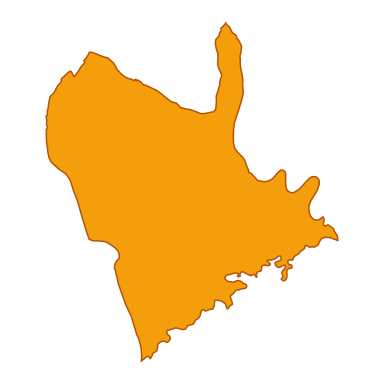 the district of Kenethao, Xaignabouri, Laos
{"feature_id": "54806243B29120113935386", "entity_name": "Kenethao", "entity_type": "district", "adm_level": 2, "iso_a3": "LAO", "parent_name": "Laos", "parent_adm1": "Xaignabouri", "projection": "orthographic", "projection_center": [101.393, 17.858], "detail": "fine", "context": "isolated", "style": "filled", "palette": "amber", "viewbox_px": 384, "rotation_deg": 0, "n_neighbors": 0, "source": "geoboundaries", "source_scale": "gbopen_adm2", "svg_char_len": 5956}
<svg xmlns="http://www.w3.org/2000/svg" viewBox="0 0 384 384"><path d="M141.3,361.0L143.7,359.3L146.2,356.9L147.5,356.5L148.7,356.4L149.1,356.6L149.8,358.3L150.0,358.6L150.4,358.5L151.6,356.7L152.9,353.4L153.2,353.0L155.4,351.9L156.9,350.6L157.7,346.7L157.5,345.4L157.6,344.9L158.3,343.7L159.9,342.4L161.4,341.6L162.9,341.2L164.8,341.4L166.7,342.3L167.3,342.3L167.8,342.1L169.4,340.6L170.1,339.3L170.1,337.1L169.6,336.1L167.5,334.4L167.0,333.5L166.8,331.6L167.3,330.6L167.6,330.3L170.0,329.8L175.6,327.9L179.1,328.6L182.9,329.6L185.5,329.1L187.7,325.7L192.7,324.4L193.9,323.3L194.2,322.8L194.4,322.0L195.9,319.9L198.5,318.2L200.0,316.0L201.1,311.9L202.1,309.9L202.9,309.6L203.6,309.7L205.2,310.9L205.8,311.0L206.8,310.7L209.6,309.4L212.3,309.2L212.9,308.9L214.4,305.4L214.5,302.7L214.8,300.5L216.5,300.1L221.5,301.0L224.2,303.0L225.1,303.4L225.6,304.1L226.5,307.3L227.1,308.6L227.6,308.9L228.0,308.7L230.2,305.6L232.5,304.4L232.5,303.7L232.0,301.9L230.3,297.1L230.3,296.4L230.6,296.0L234.4,292.4L235.6,290.7L236.1,290.3L236.9,289.9L238.2,290.0L239.0,289.8L241.0,288.8L242.7,288.9L245.9,288.0L246.4,287.4L246.7,286.7L246.7,285.7L246.4,285.0L245.4,284.1L244.6,283.7L243.0,283.4L241.7,281.9L240.1,281.0L237.8,280.6L236.8,280.7L233.6,282.2L232.7,282.4L231.1,281.7L229.3,281.8L227.7,281.3L225.3,279.3L224.9,278.6L224.9,278.0L225.2,277.0L225.7,276.1L227.7,274.7L230.2,274.5L234.6,273.0L237.6,273.1L238.2,273.4L238.3,273.9L237.5,276.3L238.0,276.7L238.9,276.6L240.1,276.2L240.0,273.9L240.7,272.5L241.3,272.0L242.5,271.7L245.3,272.9L247.7,274.4L250.2,275.5L251.6,275.4L253.9,274.2L254.4,274.3L255.1,275.0L255.5,276.3L256.0,277.0L256.7,277.2L256.9,276.8L256.5,275.5L256.5,274.6L257.1,272.6L257.7,271.9L260.5,271.2L261.2,270.6L261.5,269.5L261.6,267.3L261.9,266.3L262.4,265.7L262.8,265.3L263.4,265.2L264.8,265.1L268.4,265.8L270.1,264.8L270.3,264.4L270.1,263.6L269.2,262.7L267.0,261.4L267.1,261.0L267.8,260.2L268.4,259.9L269.3,260.2L270.4,260.3L274.5,259.0L275.9,258.1L278.4,256.2L279.8,255.8L280.4,256.0L280.9,256.7L281.1,258.4L280.9,259.6L280.2,260.4L279.1,260.9L275.7,262.2L275.2,262.8L275.1,263.5L275.5,264.9L276.4,266.3L277.3,267.0L278.9,267.4L280.3,267.1L282.2,265.8L283.9,265.3L284.6,265.3L285.2,265.5L285.4,265.9L285.6,266.5L285.4,267.2L284.0,269.4L282.1,271.6L281.9,272.7L281.8,273.3L282.9,276.1L282.8,276.5L282.4,277.5L281.5,278.4L281.3,279.2L282.2,280.2L284.1,280.8L285.5,280.0L286.7,278.0L287.0,275.0L286.8,271.4L286.9,270.4L287.1,270.0L287.9,269.1L288.7,268.5L291.3,268.2L291.9,267.7L292.1,267.2L292.0,266.2L291.5,265.1L289.3,264.6L288.5,263.9L288.1,263.1L287.8,261.9L288.0,260.7L289.2,259.9L289.8,259.8L291.8,260.2L292.4,260.2L292.8,259.9L293.2,258.3L294.6,256.4L296.3,255.1L298.8,253.7L299.6,252.5L300.8,251.1L302.2,250.4L304.6,248.3L304.9,247.7L304.8,246.2L305.0,245.7L306.0,245.4L309.0,247.0L309.8,247.2L311.6,246.9L314.6,247.0L315.2,246.8L316.4,246.1L318.2,244.8L318.8,243.6L319.2,241.9L321.4,238.9L322.8,238.0L324.7,237.5L326.9,237.3L330.6,237.7L332.0,238.2L333.5,239.0L335.7,239.6L337.6,240.6L337.8,240.6L337.9,240.3L337.4,236.2L336.8,234.9L334.5,231.6L333.8,229.4L333.5,228.7L328.4,224.9L327.4,225.0L325.3,226.1L324.5,225.9L323.8,225.1L323.3,224.1L324.0,220.4L324.1,218.7L322.8,216.9L319.9,219.2L317.7,220.1L315.8,220.1L313.9,219.4L312.3,218.2L310.8,216.3L309.6,213.9L309.0,210.5L308.9,208.4L308.9,206.7L309.4,205.0L310.9,200.6L315.5,193.4L317.4,189.9L319.2,184.3L319.1,180.4L318.7,179.5L317.5,178.0L316.8,177.4L315.7,176.8L313.8,176.6L312.5,176.7L311.5,177.0L310.0,177.9L309.2,178.5L306.7,181.0L301.1,187.3L299.2,189.1L297.1,190.6L293.6,192.7L293.1,192.8L292.3,192.8L289.7,192.2L287.3,190.5L286.1,187.6L285.8,184.3L285.6,179.9L285.7,173.8L284.9,171.5L282.7,170.0L280.6,170.2L278.8,171.7L277.1,173.4L274.4,176.7L271.8,179.3L268.3,181.0L264.7,181.9L258.9,180.7L257.6,180.6L254.4,176.8L251.1,173.4L248.8,172.4L248.6,170.4L246.9,166.5L244.5,159.7L242.9,157.6L237.5,152.0L234.7,148.0L233.5,142.9L233.3,135.5L233.5,131.1L234.3,123.2L238.6,110.1L241.1,101.9L242.9,95.0L243.0,93.2L243.3,92.2L242.7,86.2L242.6,83.5L242.9,80.5L242.3,75.8L241.0,69.9L240.4,65.9L240.2,61.6L240.4,60.0L239.9,56.1L241.0,52.1L241.5,46.7L241.4,45.8L239.9,42.7L238.2,39.5L237.2,38.6L236.6,37.3L236.4,35.9L235.6,34.9L232.9,33.2L231.7,31.7L230.1,27.8L229.4,26.8L227.8,25.8L226.4,24.2L225.9,23.0L222.4,27.1L221.0,28.1L221.1,30.8L219.7,32.7L219.0,36.1L215.9,39.3L215.3,42.7L216.1,48.0L217.9,53.8L218.0,58.4L217.6,62.0L217.9,65.7L219.2,69.5L221.2,73.3L221.7,76.5L220.8,77.9L219.9,81.1L219.7,85.0L219.0,87.6L216.2,96.3L216.4,101.7L215.8,109.0L213.5,111.9L211.8,112.0L204.6,113.6L200.5,113.6L194.7,111.1L189.4,109.5L185.3,108.9L180.2,107.3L176.6,103.2L171.5,101.8L166.8,98.3L157.6,90.9L145.5,85.1L143.8,85.1L141.7,83.1L141.0,82.0L139.2,81.0L138.9,80.5L137.8,80.2L137.1,80.7L136.4,80.7L136.0,80.2L136.2,79.6L135.8,79.4L134.5,79.9L133.9,80.6L133.5,80.7L131.9,79.3L130.4,79.0L130.1,79.2L125.6,77.3L121.9,74.6L117.3,69.7L115.5,66.2L113.5,63.0L107.8,57.9L103.0,56.7L93.8,52.9L91.3,52.3L89.4,52.3L88.3,54.6L86.8,57.0L85.5,58.8L84.1,60.4L83.9,60.8L84.0,61.2L84.4,61.8L84.8,62.1L84.8,62.8L83.4,64.1L80.8,67.1L78.7,70.7L74.4,76.5L73.8,76.5L71.7,72.2L71.1,71.5L70.5,71.3L70.0,71.4L68.8,72.0L67.3,73.2L63.5,77.0L61.7,78.3L61.4,78.8L61.1,81.6L60.9,82.1L59.7,83.8L58.0,85.3L57.2,86.5L54.2,92.5L50.2,96.4L49.7,98.1L48.5,104.9L48.1,108.7L47.4,110.2L47.3,111.3L47.4,114.9L47.1,115.3L46.3,115.6L46.1,116.0L46.9,121.5L46.4,124.3L47.4,126.9L47.4,127.5L46.8,129.0L46.2,129.6L46.4,130.3L46.3,135.7L46.5,140.7L47.9,152.5L49.0,157.6L51.2,162.1L58.4,168.8L64.7,173.0L66.5,174.7L69.5,179.0L70.9,182.1L73.5,190.9L76.5,198.2L78.3,203.6L81.9,216.6L87.1,233.5L89.2,239.3L93.6,241.0L96.8,240.7L105.1,241.6L107.5,242.7L112.0,245.6L115.9,248.5L117.9,251.0L119.2,254.4L119.3,257.9L116.8,260.7L115.1,263.7L114.3,267.8L115.5,270.8L116.2,274.5L117.3,278.5L118.3,283.8L126.0,305.3L131.2,316.2L136.7,334.4L138.7,338.7L140.4,344.8L141.1,348.3L141.7,355.6L141.3,361.0Z" fill="#f59e0b" stroke="#b45309" stroke-width="1.5"/></svg>